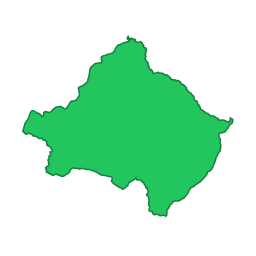 outline of Pajarito, Boyacá, Colombia, rotated 175°
{"feature_id": "7082276B9160277643653", "entity_name": "Pajarito", "entity_type": "district", "adm_level": 2, "iso_a3": "COL", "parent_name": "Colombia", "parent_adm1": "Boyacá", "projection": "albers", "projection_center": [-72.701, 5.38], "detail": "fine", "context": "isolated", "style": "filled", "palette": "green", "viewbox_px": 256, "rotation_deg": 175, "n_neighbors": 0, "source": "geoboundaries", "source_scale": "gbopen_adm2", "svg_char_len": 5818}
<svg xmlns="http://www.w3.org/2000/svg" viewBox="0 0 256 256"><g transform="rotate(175 128 128)"><path d="M148.3,80.4L148.1,79.1L148.4,77.9L149.1,76.8L149.0,76.1L148.6,75.6L147.0,73.6L144.9,72.1L142.2,69.8L141.0,69.2L139.6,68.9L139.3,67.7L138.7,67.5L138.1,67.5L136.4,68.4L134.5,70.2L133.5,70.3L133.1,70.5L133.0,71.5L132.6,72.6L131.9,73.4L129.8,74.2L127.9,75.4L126.1,76.0L124.5,77.6L124.4,77.0L123.3,75.3L122.8,75.2L121.7,75.4L120.4,75.1L119.3,74.4L118.9,73.2L118.6,72.9L117.1,72.6L117.0,71.1L116.5,70.0L115.8,69.0L115.4,66.7L114.9,66.4L114.2,66.5L113.9,66.3L113.9,65.1L113.5,63.3L113.1,62.4L115.2,60.3L115.2,59.6L114.8,58.9L113.6,57.7L113.3,57.1L113.4,55.7L113.2,53.8L113.9,52.7L113.5,51.6L114.1,50.3L114.2,49.6L114.1,49.0L113.2,47.5L113.4,46.7L114.2,45.1L114.1,43.8L113.0,42.9L111.8,42.9L111.2,42.6L110.9,40.9L109.3,39.3L108.6,39.2L107.4,39.7L106.7,39.7L103.6,37.7L101.0,38.2L97.9,37.2L97.8,36.9L97.2,37.5L96.7,39.1L96.6,41.7L96.3,42.8L94.3,45.0L92.9,47.3L91.9,48.4L90.4,49.3L89.9,50.2L89.4,50.7L88.4,51.1L86.0,51.1L84.3,50.9L83.0,51.2L80.8,52.4L79.3,52.9L78.1,53.6L77.4,54.1L76.3,55.6L74.7,56.9L73.7,58.3L72.3,61.0L70.8,62.8L69.9,63.3L67.4,64.1L65.9,65.4L61.9,67.5L59.8,68.9L56.1,72.2L53.3,75.1L52.9,76.8L52.5,77.5L52.1,77.7L50.7,77.7L48.4,79.5L47.0,81.7L44.4,86.7L42.7,91.0L39.9,95.5L38.6,96.7L38.1,97.4L37.5,100.2L37.4,101.0L37.0,102.1L37.2,103.7L37.8,105.0L37.0,108.2L37.1,109.0L38.4,111.7L37.7,114.4L37.3,114.8L37.0,115.0L34.3,115.1L32.5,115.5L31.1,116.1L30.2,117.6L28.5,119.0L27.9,120.3L27.0,121.3L26.3,122.4L25.6,122.9L23.8,123.7L22.9,126.4L22.9,127.5L23.4,127.8L24.3,127.8L25.4,129.7L25.2,127.8L26.1,126.1L27.5,125.1L28.3,125.3L31.4,127.3L32.4,127.6L34.6,127.6L35.9,128.0L37.0,128.0L37.3,128.4L37.2,128.7L37.3,129.3L40.3,131.3L40.9,132.2L43.9,132.8L44.6,133.3L45.7,133.8L46.9,135.0L47.1,135.6L47.5,135.7L48.4,135.7L50.2,137.4L51.0,137.8L51.4,138.5L52.4,139.2L52.8,139.8L54.0,140.2L54.5,142.9L55.0,143.5L55.3,144.7L56.2,145.1L56.8,146.4L56.5,147.6L56.5,148.2L58.1,149.4L59.1,149.7L59.7,150.5L59.8,151.3L59.4,152.2L59.9,154.0L60.4,154.3L60.5,154.6L61.2,155.2L61.3,155.7L61.9,156.1L62.1,156.9L63.4,158.1L64.4,158.7L64.7,159.2L65.4,159.9L65.7,160.9L66.7,161.5L66.2,162.6L67.6,164.9L68.5,165.3L68.8,166.2L69.4,166.5L70.1,166.4L70.8,167.0L71.0,167.2L71.0,167.8L71.7,168.3L71.8,169.1L72.2,169.6L73.0,170.0L73.5,170.7L74.5,171.1L74.7,170.9L76.2,170.9L76.4,171.5L77.3,171.9L78.5,172.2L79.8,172.1L80.3,172.7L80.9,172.8L81.6,174.6L82.6,175.4L83.1,176.2L83.7,176.4L84.1,177.3L85.1,177.3L85.7,177.7L87.0,177.9L87.3,178.1L87.9,179.1L88.8,179.1L89.0,179.5L89.3,179.6L90.0,179.6L90.8,179.9L92.0,180.0L92.9,180.8L93.8,180.9L95.4,180.2L96.0,180.2L96.8,180.4L98.0,180.3L98.7,181.0L98.9,181.4L98.5,182.4L98.7,182.8L99.6,183.2L99.6,183.9L99.8,184.2L100.3,184.4L100.8,184.5L101.8,185.5L101.5,186.1L102.0,186.6L101.7,187.8L102.4,188.6L102.4,189.7L102.2,190.2L102.7,191.0L102.4,191.6L103.4,192.3L103.8,193.4L104.1,193.8L104.3,194.7L105.0,195.2L104.7,195.9L104.7,196.4L103.9,197.7L104.4,198.5L104.0,199.7L104.6,200.7L104.1,201.0L103.4,202.1L103.1,202.9L103.0,204.7L103.5,205.2L103.2,205.7L103.3,206.1L103.4,206.3L104.9,206.6L105.3,206.9L105.5,208.0L105.0,208.8L105.9,209.7L106.6,211.7L107.7,212.8L108.5,212.6L109.4,212.7L110.4,212.3L111.5,212.7L112.9,213.5L113.3,214.3L113.8,214.8L113.7,215.0L113.0,215.1L113.1,215.6L114.3,215.7L115.0,216.4L115.8,216.3L116.7,217.2L117.2,217.0L117.7,215.7L118.2,216.6L119.8,218.3L120.0,219.1L121.0,217.5L120.7,217.0L120.6,216.5L120.1,216.4L119.8,216.0L119.6,214.7L119.8,214.0L122.1,214.0L123.1,213.5L124.7,213.3L127.6,212.3L127.7,211.9L128.1,211.3L128.6,211.3L129.7,211.8L130.3,211.8L133.4,208.7L133.9,207.8L134.4,206.5L136.2,204.5L140.0,203.2L141.5,203.3L142.2,203.1L145.1,202.1L145.5,202.2L147.0,201.8L148.0,201.3L148.4,200.9L148.6,200.2L148.6,199.2L148.2,197.0L148.7,195.5L149.2,195.2L150.8,195.4L152.7,195.1L153.7,195.2L155.6,194.9L157.6,193.0L158.8,192.6L159.6,191.8L161.1,189.5L161.0,188.7L162.0,184.5L162.5,182.7L163.6,180.2L164.1,177.8L168.6,174.6L169.8,173.9L171.8,173.5L173.1,172.8L174.0,172.1L173.3,165.5L173.6,164.8L175.8,161.8L177.0,160.4L179.2,159.7L180.3,159.6L181.5,159.8L182.3,159.6L183.1,159.0L186.3,154.5L188.1,152.7L188.6,152.4L189.3,152.3L189.7,152.5L190.3,153.2L192.0,154.6L193.1,155.2L194.8,155.4L197.4,155.1L198.6,154.6L200.4,153.5L202.3,151.8L204.4,150.3L205.2,150.3L206.8,151.0L207.4,150.9L208.3,151.6L209.0,151.7L210.6,150.6L210.6,149.6L211.2,148.4L211.2,147.8L212.0,146.9L212.3,146.9L213.1,147.0L213.9,148.8L215.1,150.1L216.5,150.7L217.3,150.7L217.8,150.9L218.6,152.1L220.8,153.5L221.8,153.6L222.5,153.4L224.1,151.4L226.4,146.3L228.1,144.1L230.0,141.9L233.1,133.8L232.2,133.1L231.3,131.6L230.0,130.7L229.3,130.8L227.7,131.7L227.2,131.6L226.7,130.9L225.1,130.6L224.1,129.7L223.1,128.2L222.8,128.1L221.7,128.2L221.1,127.7L220.2,127.7L217.6,125.4L216.4,125.0L214.8,125.5L214.4,125.4L214.2,125.2L213.7,123.5L213.3,123.2L212.1,123.4L211.7,123.3L210.1,121.0L210.4,119.6L210.1,117.7L208.0,116.6L206.6,115.1L206.4,113.9L205.5,112.8L205.5,111.8L205.4,111.6L206.8,110.6L207.6,111.0L207.7,109.3L207.4,107.6L207.8,107.3L208.8,107.1L209.3,106.7L209.2,104.8L209.7,103.8L210.3,103.5L210.5,103.0L210.4,102.3L210.0,100.8L210.3,99.9L209.7,99.4L209.9,98.5L210.5,97.3L211.0,97.0L212.2,96.9L212.9,95.8L213.6,95.5L213.7,95.2L213.0,94.7L212.8,94.2L213.4,93.2L212.7,92.4L212.7,91.7L213.1,91.1L212.5,90.7L211.3,90.7L210.9,89.8L209.7,89.5L209.5,88.7L208.8,88.8L208.0,87.8L206.6,87.4L206.0,87.5L205.0,88.2L203.7,88.5L202.3,87.4L200.1,86.9L199.1,85.8L196.7,85.6L195.2,86.1L193.8,87.1L192.8,87.5L191.2,88.3L189.8,89.6L189.0,91.3L187.9,92.3L186.9,92.9L185.5,92.9L183.7,92.4L181.8,92.3L180.0,91.2L178.2,91.7L176.9,91.8L173.3,90.4L170.5,90.0L168.7,89.4L164.6,87.5L162.5,86.2L159.8,84.1L157.9,83.2L154.5,82.6L151.8,81.5L149.0,80.9L148.3,80.4Z" fill="#22c55e" stroke="#15803d" stroke-width="1.5"/></g></svg>